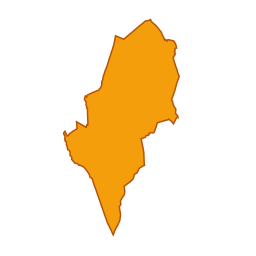 the district of Bērzaines pag., Kocenu, Latvia, rotated 258°
{"feature_id": "27541924B68382909431902", "entity_name": "Bērzaines pag.", "entity_type": "district", "adm_level": 2, "iso_a3": "LVA", "parent_name": "Latvia", "parent_adm1": "Kocenu", "projection": "equal_earth", "projection_center": [25.199, 57.625], "detail": "fine", "context": "isolated", "style": "filled", "palette": "amber", "viewbox_px": 256, "rotation_deg": 258, "n_neighbors": 0, "source": "geoboundaries", "source_scale": "gbopen_adm2", "svg_char_len": 5073}
<svg xmlns="http://www.w3.org/2000/svg" viewBox="0 0 256 256"><g transform="rotate(258 128 128)"><path d="M130.1,63.8L129.8,63.8L128.1,63.9L127.8,64.5L127.0,64.7L126.3,64.6L125.6,64.6L125.3,64.4L124.5,64.2L124.3,64.3L123.2,64.6L121.8,64.6L119.8,64.5L119.6,64.5L119.2,64.6L119.0,64.8L118.9,65.0L118.7,65.6L118.4,65.7L117.8,65.9L117.3,66.1L116.7,66.2L116.3,66.3L113.6,65.7L113.0,65.7L112.8,65.7L111.8,66.6L111.3,67.0L110.8,66.9L110.7,66.9L109.1,66.3L106.4,67.8L105.1,68.5L104.7,68.7L104.6,68.8L103.7,71.1L102.7,71.7L102.4,71.8L101.6,72.3L101.8,73.0L101.0,74.1L100.9,74.4L100.1,75.2L98.9,76.7L98.0,77.1L96.1,78.2L94.3,79.0L93.5,79.3L92.1,80.0L91.3,80.2L90.2,80.5L89.9,80.5L89.6,80.5L87.9,80.5L85.9,82.4L80.5,82.9L77.6,83.3L75.6,83.6L67.2,84.7L62.6,85.3L61.2,85.4L52.2,86.6L49.4,86.9L45.5,87.4L38.5,88.4L36.7,89.0L33.9,89.6L31.3,90.3L28.6,90.8L26.5,91.3L27.7,92.1L29.1,93.0L30.5,93.9L31.8,94.8L32.8,95.7L34.2,96.9L34.6,97.4L38.0,99.8L39.0,100.5L39.3,100.8L40.5,101.2L41.0,101.3L41.6,101.6L42.7,102.0L43.5,102.3L44.6,102.7L52.9,103.1L53.5,103.9L54.0,104.5L54.6,105.0L55.9,105.2L57.2,105.3L57.7,105.5L58.5,105.6L60.4,107.4L61.9,108.8L63.0,110.0L63.3,110.3L63.5,110.5L66.0,111.5L68.2,111.9L69.9,112.0L70.5,112.1L71.3,112.2L71.6,112.2L71.8,112.3L72.4,113.1L72.7,114.2L73.6,115.8L73.9,116.6L74.1,117.2L74.5,118.1L74.9,118.8L75.3,119.5L75.8,120.3L76.3,120.9L76.2,121.0L76.4,121.3L76.8,121.8L77.4,122.6L81.6,125.0L81.9,126.4L82.0,126.9L82.0,127.2L82.4,127.6L83.4,128.4L85.4,130.0L86.0,130.5L86.3,130.7L86.9,132.6L87.4,133.9L87.8,134.8L88.0,135.7L88.0,136.4L90.1,136.5L95.9,137.5L100.9,138.4L108.1,138.6L111.4,138.6L113.6,138.5L114.7,138.5L114.9,139.3L114.8,139.7L115.1,140.7L115.2,141.9L115.2,142.5L115.6,143.3L116.6,143.8L116.8,144.5L116.5,145.7L116.7,146.3L117.9,147.2L117.5,147.4L118.8,148.6L118.7,149.7L118.6,149.9L118.4,150.1L118.0,151.1L118.2,152.4L118.8,153.0L120.4,154.0L123.2,155.7L123.6,155.9L125.0,156.7L126.3,157.4L126.9,157.7L127.0,158.2L127.2,160.3L127.6,165.5L127.7,166.5L127.7,167.6L127.8,169.5L128.1,169.6L127.9,169.8L126.3,171.4L126.0,171.6L125.4,171.9L124.8,172.2L122.6,173.4L126.6,176.5L126.8,176.6L128.2,178.0L127.9,178.9L127.8,179.0L129.4,179.2L130.1,178.8L131.9,177.8L132.0,177.7L132.3,177.6L132.5,177.6L134.5,178.1L135.0,178.3L135.4,178.4L136.4,178.6L136.5,178.7L138.6,177.9L140.1,177.4L141.3,177.2L142.1,177.1L143.6,177.0L143.8,177.0L144.0,177.0L144.6,177.2L144.9,177.2L145.1,177.2L145.3,176.9L145.7,176.6L146.2,176.3L146.4,176.4L147.2,176.9L148.5,177.7L149.8,178.5L151.6,179.6L154.5,181.4L156.9,182.6L159.2,183.8L162.0,185.2L164.2,186.6L165.8,187.6L166.0,187.7L167.1,188.4L167.6,188.7L167.8,188.8L168.6,188.7L170.8,188.3L171.9,188.1L172.1,188.1L173.0,188.1L173.7,188.0L175.3,188.0L176.2,188.0L176.3,188.0L176.4,187.9L176.9,187.7L177.3,187.6L182.3,187.2L183.0,187.1L187.2,186.7L187.3,186.7L189.4,188.8L189.9,188.6L190.3,189.3L190.8,189.5L191.0,189.8L193.0,189.2L193.6,190.1L195.1,190.0L195.7,190.5L196.0,191.4L196.1,192.1L200.0,192.1L203.5,191.0L203.6,190.9L205.7,186.5L205.9,186.0L205.9,185.3L205.9,184.8L204.9,184.2L205.2,184.0L205.6,183.7L206.1,183.5L206.8,183.1L206.3,182.1L209.1,181.7L209.2,181.8L210.6,181.3L212.7,180.6L214.7,180.6L214.9,180.5L215.7,180.0L218.0,178.9L220.5,177.7L223.0,176.2L223.4,175.8L223.7,175.6L226.9,173.2L229.5,172.5L228.7,169.9L228.7,169.7L229.1,167.3L229.0,167.2L226.8,163.1L224.1,157.9L222.0,154.0L220.9,152.0L219.8,149.9L218.7,147.8L217.5,145.6L215.7,142.3L217.5,139.7L220.8,135.0L216.9,133.4L216.0,133.0L213.2,131.8L212.0,131.2L210.1,130.1L207.9,129.0L207.8,128.9L206.6,128.1L205.8,127.7L205.6,127.5L203.9,126.6L202.0,125.5L198.9,123.7L198.1,123.3L196.8,122.5L195.8,122.0L195.4,121.7L194.8,121.4L194.4,121.2L192.8,120.3L191.4,119.4L190.7,118.8L187.9,117.1L187.0,116.5L186.7,116.4L186.2,116.1L185.7,115.8L185.5,115.7L184.9,115.4L184.1,114.9L183.9,114.6L183.3,114.3L182.9,114.2L182.5,114.0L181.9,114.0L181.4,113.8L180.9,113.5L180.4,113.2L180.0,113.0L179.8,112.8L179.4,112.5L178.5,112.0L176.9,111.5L175.2,111.1L173.7,110.1L172.5,108.8L172.3,108.5L171.0,107.0L171.0,105.9L170.9,105.3L170.7,104.5L170.3,102.3L169.8,99.9L169.7,99.9L169.6,99.3L169.5,98.8L169.5,98.6L169.5,98.3L169.0,96.7L168.7,95.4L168.7,95.1L168.6,94.9L168.1,94.7L167.9,94.6L167.7,94.4L167.6,94.1L167.4,93.8L167.2,93.8L168.2,93.0L167.1,92.3L166.4,91.9L165.8,91.6L164.9,91.4L164.0,91.7L163.0,92.0L162.3,92.4L162.1,92.5L161.1,92.3L160.0,91.9L159.1,91.7L158.1,91.9L157.7,92.1L156.0,91.7L155.4,92.1L155.2,92.3L154.3,92.1L152.0,91.7L150.6,91.4L149.0,91.2L147.8,90.9L147.7,90.9L146.3,90.7L144.9,90.4L143.9,90.3L142.3,90.0L141.5,89.8L140.0,89.6L139.6,89.5L139.6,89.4L139.3,89.0L139.1,88.8L139.4,88.4L139.5,88.3L137.4,87.2L138.8,85.6L139.9,84.3L139.9,84.2L140.1,84.2L142.4,81.6L143.4,80.5L143.7,80.2L144.8,78.9L141.9,78.6L140.9,78.5L137.9,78.0L137.0,75.6L136.2,73.1L135.7,72.3L134.6,69.7L133.5,68.4L132.3,67.3L132.2,67.3L133.4,66.8L134.3,66.5L136.8,65.9L138.0,65.6L137.9,65.3L137.5,65.1L137.3,64.9L137.1,64.6L137.0,64.4L136.6,64.1L135.0,63.9L134.4,64.2L133.8,64.6L132.3,64.5L131.7,64.3L130.3,63.9L130.1,63.8Z" fill="#f59e0b" stroke="#b45309" stroke-width="1.5"/></g></svg>